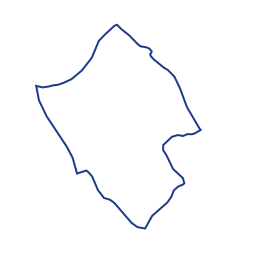 Couva-Tabaquite-Talparo, Equal Earth projection, rotated 142°
{"feature_id": "TTO-58", "entity_name": "Couva-Tabaquite-Talparo", "entity_type": "Region", "adm_level": 1, "iso_a3": "TTO", "parent_name": "Trinidad and Tobago", "parent_adm1": "", "projection": "equal_earth", "projection_center": [-61.362, 10.449], "detail": "fine", "context": "isolated", "style": "outline", "palette": "blue", "viewbox_px": 256, "rotation_deg": 142, "n_neighbors": 0, "source": "natural_earth", "source_scale": "10m", "svg_char_len": 890}
<svg xmlns="http://www.w3.org/2000/svg" viewBox="0 0 256 256"><g transform="rotate(142 128 128)"><path d="M73.1,216.1L72.4,210.2L70.0,200.0L68.7,188.1L67.9,184.7L63.8,180.2L62.3,177.4L62.1,173.9L63.4,173.0L65.0,172.6L65.8,170.7L65.4,165.8L62.6,153.5L60.9,149.2L59.8,140.1L62.5,127.6L68.7,108.1L71.9,84.1L71.9,81.7L78.5,82.6L81.5,83.7L85.0,86.6L89.5,87.8L93.0,91.7L98.7,94.0L110.7,92.9L113.9,88.9L114.5,82.6L117.7,68.1L115.6,54.7L117.7,49.7L120.0,49.7L124.5,51.0L130.4,50.6L136.2,47.1L142.8,45.1L163.0,43.9L176.4,38.3L181.6,44.1L183.6,50.9L184.9,77.5L186.4,82.6L190.0,87.7L189.9,97.7L186.1,111.9L186.4,117.3L187.0,120.1L196.2,123.5L189.9,138.8L187.7,151.4L184.9,187.5L181.1,204.7L174.4,217.7L170.2,212.5L164.5,209.3L160.7,207.7L156.7,205.2L150.7,203.2L142.6,201.3L129.1,201.7L113.4,205.6L97.4,214.6L88.0,215.9L75.6,216.9L73.1,216.1Z" fill="none" stroke="#1e3a8a" stroke-width="2"/></g></svg>